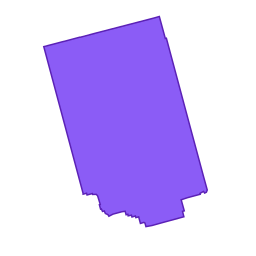 the district of Millard, Utah, United States of America, rotated 75°
{"feature_id": "52423323B41419597560614", "entity_name": "Millard", "entity_type": "district", "adm_level": 2, "iso_a3": "USA", "parent_name": "United States of America", "parent_adm1": "Utah", "projection": "natural_earth1", "projection_center": [-112.604, 39.063], "detail": "fine", "context": "isolated", "style": "filled", "palette": "violet", "viewbox_px": 256, "rotation_deg": 75, "n_neighbors": 0, "source": "geoboundaries", "source_scale": "gbopen_adm2", "svg_char_len": 930}
<svg xmlns="http://www.w3.org/2000/svg" viewBox="0 0 256 256"><g transform="rotate(75 128 128)"><path d="M228.4,130.1L228.3,119.4L228.2,97.0L222.6,96.9L222.6,95.1L211.1,95.2L210.7,88.7L210.7,86.6L210.7,80.9L210.7,78.1L210.7,75.4L209.8,75.4L208.8,71.5L210.7,70.8L210.3,68.9L208.4,67.5L194.8,67.6L141.9,67.7L51.2,67.7L51.2,68.8L28.4,68.9L28.5,74.2L28.0,135.0L28.0,150.6L27.9,150.9L27.8,151.1L27.8,166.5L27.7,169.0L27.7,175.4L27.6,188.3L112.4,188.3L126.6,188.3L170.4,188.3L179.1,188.3L180.3,188.5L180.3,184.9L182.1,184.9L182.1,179.4L183.0,179.4L183.9,175.8L185.7,174.9L194.7,174.6L194.7,175.5L199.3,175.5L199.3,174.7L202.0,174.2L202.0,172.4L204.7,172.0L206.5,169.8L208.3,169.3L207.3,164.7L207.3,155.7L207.7,152.3L211.3,152.3L211.3,150.5L212.9,150.6L213.1,147.2L215.0,147.2L214.9,143.6L216.6,143.6L216.6,140.7L223.4,140.7L223.3,137.1L224.3,136.2L227.9,136.2L228.4,130.1Z" fill="#8b5cf6" stroke="#5b21b6" stroke-width="1.5"/></g></svg>